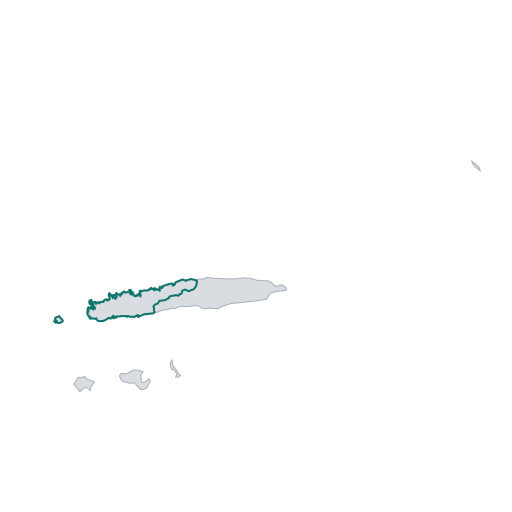 Sud highlighted on a map of New Caledonia, rotated 135°
{"feature_id": "NCL-1259", "entity_name": "Sud", "entity_type": "Province", "adm_level": 1, "iso_a3": "NCL", "parent_name": "New Caledonia", "parent_adm1": "", "projection": "orthographic", "projection_center": [166.304, -21.993], "detail": "fine", "context": "in_parent", "style": "outline", "palette": "teal", "viewbox_px": 512, "rotation_deg": 135, "n_neighbors": 0, "source": "natural_earth", "source_scale": "10m", "svg_char_len": 7165}
<svg xmlns="http://www.w3.org/2000/svg" viewBox="0 0 512 512"><g transform="rotate(135 256 256)"><path d="M266.3,216.1L272.3,219.6L278.8,218.0L287.0,223.6L307.9,240.5L315.2,244.1L319.5,245.4L322.7,248.2L325.7,252.1L329.6,254.9L331.3,257.5L331.8,261.0L333.2,263.2L340.5,268.8L344.8,273.8L350.7,276.3L353.3,279.3L356.6,280.7L360.0,283.7L365.8,286.1L378.9,294.8L388.9,303.2L393.9,308.3L399.3,312.9L406.2,316.6L412.7,320.8L415.9,330.6L414.1,334.1L410.4,335.8L407.0,335.9L403.7,337.1L393.0,330.7L390.4,329.8L387.6,330.2L386.0,328.8L384.8,326.8L378.3,324.4L372.2,320.7L370.4,318.1L369.3,314.9L367.9,313.1L359.2,310.3L353.4,307.2L349.2,302.9L342.6,299.9L332.3,293.7L327.1,291.7L322.5,288.6L310.0,277.4L305.6,275.3L301.7,270.3L291.0,258.5L285.8,253.6L280.2,249.3L275.8,244.2L272.5,238.1L264.7,229.5L263.7,225.8L264.0,222.0L262.1,219.6L258.9,218.1L257.4,215.6L257.5,212.1L258.5,210.3L266.3,216.1ZM437.3,267.8L434.4,268.3L430.6,264.1L423.1,262.0L419.9,258.4L417.8,254.1L422.0,253.1L426.2,247.3L423.4,245.2L418.5,244.8L419.1,242.5L427.0,239.9L430.5,241.5L432.0,243.3L431.7,252.4L435.3,255.3L439.0,261.8L438.9,263.6L437.3,267.8ZM469.7,283.5L472.1,284.6L476.5,284.5L475.4,294.2L469.3,295.7L467.2,295.6L465.9,293.5L462.4,292.1L462.6,288.8L459.3,281.3L465.2,280.2L468.5,278.2L468.3,280.0L468.8,282.2L469.7,283.5ZM391.9,241.2L389.0,241.8L392.5,236.6L392.6,233.4L394.0,227.1L393.8,224.9L396.1,225.2L398.5,227.0L395.7,228.6L394.7,231.3L394.8,234.8L395.9,235.4L394.1,239.1L391.9,241.2ZM444.3,351.4L442.6,353.6L440.6,353.1L439.0,352.3L437.9,351.1L439.0,346.7L443.5,348.9L444.3,351.4ZM37.1,169.1L36.3,170.4L35.5,161.3L37.1,157.9L38.2,164.9L37.1,169.1Z" fill="#d9dde1" stroke="#a8b0b8" stroke-width="1"/><path d="M367.1,288.4L367.9,288.0L368.9,288.0L369.8,288.5L372.6,291.0L372.9,291.2L373.6,291.3L373.8,291.5L374.4,292.5L376.2,293.8L378.2,294.7L382.4,296.1L382.4,296.4L380.9,296.4L380.9,296.8L381.3,297.1L381.4,297.4L381.5,297.8L381.7,298.0L382.0,298.2L382.8,298.3L384.6,298.7L385.3,299.1L386.0,300.2L388.0,301.8L388.2,302.2L388.4,303.2L388.7,303.7L389.1,303.9L390.0,304.3L389.6,304.7L390.8,305.7L393.2,308.4L394.2,309.0L395.1,309.7L396.6,311.2L397.8,312.1L398.4,311.3L400.2,312.6L400.9,312.9L400.9,313.3L400.5,313.6L400.1,313.8L399.6,314.0L399.1,314.0L399.1,314.5L399.5,314.7L401.1,314.5L401.8,314.6L402.3,314.9L402.7,315.1L403.1,314.8L403.4,315.9L404.0,316.4L404.9,316.7L406.0,316.8L409.1,317.6L409.8,318.1L412.5,320.2L413.0,320.9L413.6,322.0L413.7,322.4L413.6,323.9L413.4,324.2L413.0,324.7L413.0,325.0L413.7,325.1L414.2,325.4L414.6,325.9L415.4,327.1L417.2,328.6L417.5,329.2L417.4,329.7L417.1,329.8L416.7,329.8L416.4,330.2L416.5,330.6L416.9,331.0L417.1,331.4L417.0,332.0L416.8,332.3L416.4,333.7L416.0,334.5L415.7,334.9L415.3,335.3L415.2,335.0L415.1,334.8L414.8,334.9L414.5,335.2L413.9,335.5L413.6,335.7L413.7,336.0L413.9,336.5L412.2,337.8L411.2,338.2L409.9,338.0L411.0,337.6L411.4,337.3L411.7,336.8L410.9,336.8L410.5,337.0L410.1,336.5L409.8,335.7L409.4,334.9L409.2,334.7L409.0,334.0L408.7,334.4L408.4,335.2L408.3,335.6L407.8,335.4L407.6,334.9L407.3,334.2L407.0,333.7L407.7,333.3L407.2,332.6L406.8,332.8L406.4,333.6L406.2,335.2L406.1,335.5L406.1,335.8L406.3,336.4L406.4,336.5L407.4,337.2L406.8,337.4L406.1,337.2L405.5,337.0L405.2,337.0L405.0,337.3L404.7,337.6L404.3,337.9L403.9,338.0L402.6,337.7L401.9,337.0L402.0,336.2L403.0,335.6L403.0,335.3L402.0,335.4L400.9,335.2L400.1,334.7L400.5,333.7L400.1,333.3L399.3,333.6L398.1,333.1L397.0,332.3L396.5,331.5L396.3,331.4L395.1,331.9L394.5,332.1L394.1,332.0L392.8,331.4L392.3,331.1L392.1,330.6L392.5,330.2L392.7,329.9L392.1,329.3L391.7,329.1L390.1,328.9L389.6,329.0L389.0,329.8L388.6,331.1L388.1,332.0L387.1,331.7L387.0,331.9L387.0,332.0L386.9,332.1L386.7,332.1L387.1,333.1L386.6,333.4L385.9,333.2L385.8,332.7L386.0,332.2L386.0,330.7L386.4,330.1L386.4,329.7L385.6,329.8L384.9,329.6L384.3,329.2L383.8,328.5L385.6,328.6L386.3,328.4L386.7,327.8L385.8,327.7L385.5,327.2L385.7,325.4L385.1,325.5L384.0,325.3L383.5,325.4L383.3,325.7L383.1,326.8L382.9,327.0L382.3,327.1L382.0,327.4L381.9,327.8L381.5,328.4L381.0,328.6L380.8,328.2L380.9,327.6L381.3,327.0L380.8,326.7L379.5,325.4L379.5,325.1L379.8,324.9L380.0,324.7L380.1,324.3L380.2,323.8L379.8,323.8L379.3,324.4L377.9,324.1L378.0,324.6L377.0,325.0L376.1,324.7L375.3,324.2L374.4,324.2L374.3,323.1L373.9,322.3L373.1,321.7L372.4,321.5L371.7,321.1L371.1,320.5L370.5,320.4L369.7,321.5L369.1,321.2L368.6,320.7L368.8,320.4L368.9,320.1L369.0,319.7L369.0,319.1L369.3,319.1L369.7,319.7L370.3,319.9L370.8,319.7L370.8,318.8L370.4,318.2L369.4,317.8L369.0,317.2L370.4,317.2L371.0,317.3L371.5,317.6L371.4,317.0L371.2,316.6L370.8,316.4L370.2,316.4L370.0,316.1L370.0,315.3L370.3,314.6L370.0,313.2L369.3,312.6L367.5,312.1L366.8,312.5L366.5,312.3L366.6,311.8L367.1,311.3L366.6,311.0L366.2,310.6L366.0,310.0L366.0,309.4L365.2,309.9L364.9,310.4L364.9,311.9L364.7,312.2L364.1,312.2L363.5,312.1L363.1,312.1L363.3,312.4L363.3,313.1L363.0,313.5L362.2,313.1L361.5,312.0L361.0,311.5L359.3,310.9L358.2,309.0L357.5,308.6L357.1,308.5L356.7,308.2L356.0,307.7L355.7,307.5L355.4,307.6L355.2,307.8L354.8,307.9L353.3,307.8L352.7,307.5L352.6,306.7L353.7,307.2L353.4,306.6L351.9,305.1L351.9,304.7L352.1,304.2L352.2,303.7L351.7,303.5L351.1,303.7L350.9,304.0L350.9,304.5L351.1,305.1L350.3,304.8L350.1,304.2L350.1,303.3L350.0,302.4L349.6,301.8L349.0,301.3L348.6,300.7L348.6,299.6L348.2,299.6L347.8,300.5L347.2,301.2L346.5,301.8L345.7,302.0L345.7,300.8L345.6,300.2L345.2,299.9L344.2,300.0L344.2,300.4L344.2,300.7L343.8,300.8L343.5,300.8L336.5,297.3L334.8,295.8L335.4,294.6L335.4,294.2L334.7,294.5L334.2,294.3L334.3,294.0L335.1,293.8L334.2,293.2L333.3,293.4L332.5,293.9L331.6,294.2L330.7,294.0L325.1,291.6L324.3,291.0L323.9,290.2L323.4,288.4L323.2,288.0L322.2,287.9L321.6,287.6L320.1,286.5L319.7,286.4L319.2,286.3L318.8,286.2L318.6,285.9L317.9,285.1L317.7,284.9L315.7,281.4L315.6,280.9L315.8,280.6L315.8,280.3L315.5,280.0L315.7,279.7L316.7,278.9L317.6,278.5L318.9,277.4L320.3,276.9L323.4,276.6L324.4,276.8L325.0,277.4L326.7,278.0L327.8,278.4L328.8,279.1L328.9,279.7L329.7,282.2L332.0,283.4L332.4,283.4L333.0,283.4L333.4,283.2L334.6,282.3L335.2,282.1L335.7,282.1L336.0,282.4L336.3,282.7L336.8,283.0L337.2,283.0L338.2,282.6L338.7,282.7L339.0,282.8L339.2,283.0L339.7,284.2L339.9,284.6L340.2,284.9L341.5,285.7L341.9,285.9L343.0,287.0L344.3,287.5L345.1,288.3L346.7,288.3L347.6,287.8L349.5,288.7L350.7,288.7L352.4,289.7L353.1,290.4L353.7,290.9L354.5,291.2L355.3,292.0L355.9,292.5L357.0,292.5L357.7,292.2L358.6,291.9L359.2,291.9L359.9,292.3L360.8,292.7L361.7,293.0L363.5,293.1L364.3,292.8L364.7,291.7L365.2,290.8L365.9,290.4L366.7,289.7L367.1,288.4ZM443.1,348.4L443.6,349.4L444.3,350.0L444.9,350.8L444.9,352.3L444.2,351.8L443.6,350.4L443.1,350.3L442.8,350.7L442.8,351.5L443.1,352.9L442.3,354.1L440.7,353.9L437.7,352.6L438.0,351.2L438.0,347.9L438.4,346.8L439.4,346.5L440.8,346.8L442.2,347.5L443.1,348.4ZM405.2,338.4L405.9,338.2L406.4,338.2L406.9,338.5L407.4,339.2L407.4,339.9L407.2,340.3L406.6,339.9L406.2,340.3L405.9,340.5L405.2,340.7L405.2,341.1L406.2,341.3L406.1,341.7L405.5,342.0L405.2,342.1L404.8,341.9L404.0,341.7L403.5,341.3L403.9,340.5L404.3,339.9L404.4,339.3L404.5,338.8L405.2,338.4Z" fill="none" stroke="#0f766e" stroke-width="2"/></g></svg>